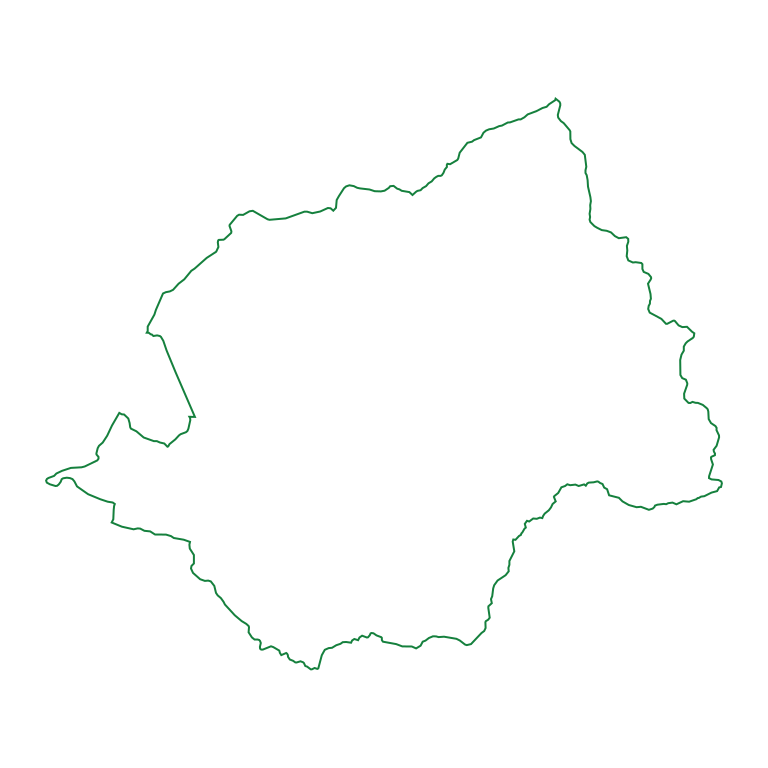 San Marcos, Cajamarca, Peru
{"feature_id": "86281439B35879365662070", "entity_name": "San Marcos", "entity_type": "district", "adm_level": 2, "iso_a3": "PER", "parent_name": "Peru", "parent_adm1": "Cajamarca", "projection": "albers", "projection_center": [-78.029, -7.273], "detail": "fine", "context": "isolated", "style": "outline", "palette": "green", "viewbox_px": 768, "rotation_deg": 0, "n_neighbors": 0, "source": "geoboundaries", "source_scale": "gbopen_adm2", "svg_char_len": 6095}
<svg xmlns="http://www.w3.org/2000/svg" viewBox="0 0 768 768"><path d="M555.6,98.7L555.2,100.2L549.1,104.2L546.6,106.8L542.5,108.0L536.5,111.1L527.7,114.4L524.4,117.3L520.7,119.4L518.5,119.4L510.0,122.4L507.8,122.5L501.9,125.6L499.2,126.1L493.8,128.5L489.1,129.3L486.0,130.6L483.5,132.7L481.0,137.4L474.1,140.1L472.0,141.7L467.4,142.8L459.7,152.7L458.2,158.6L457.3,160.0L450.1,164.2L447.4,163.8L446.8,165.0L446.9,167.0L444.8,169.5L443.5,172.8L441.8,175.3L440.6,175.9L438.2,175.9L436.4,176.8L434.2,178.4L431.7,181.4L428.5,183.3L426.1,186.1L422.6,188.1L420.6,190.2L417.4,190.9L416.0,191.8L412.5,195.0L409.4,192.1L401.7,190.8L399.5,189.4L397.2,188.7L393.6,185.9L390.2,186.2L388.8,187.9L384.6,190.7L380.9,191.4L374.7,191.2L369.5,189.5L360.0,188.4L357.2,187.8L353.8,186.1L349.4,185.3L346.1,186.4L344.0,188.2L338.9,196.1L336.7,200.0L336.0,207.8L333.3,210.7L330.6,208.3L327.9,208.0L320.2,211.5L312.3,213.2L307.2,211.7L304.3,211.7L285.7,218.4L269.5,219.8L267.6,219.3L252.8,210.8L249.5,211.3L243.1,214.9L239.1,214.7L237.2,215.8L229.7,224.8L229.5,225.9L231.4,231.3L231.2,232.9L224.4,239.2L223.4,239.7L218.8,239.9L218.2,240.4L217.8,242.3L218.4,247.0L216.2,251.7L206.7,257.9L194.6,268.6L191.3,270.8L184.3,279.3L178.6,283.7L173.1,289.8L169.9,291.4L165.8,292.2L163.0,293.5L155.9,309.9L154.4,314.6L147.7,326.6L147.7,331.1L146.8,332.7L148.8,332.8L150.7,334.3L151.8,334.5L153.4,336.0L157.1,335.4L159.8,336.0L160.9,336.8L163.3,340.8L166.6,350.5L175.6,372.3L194.9,416.9L189.4,416.8L190.1,418.1L190.3,420.1L188.4,428.7L187.4,431.0L186.0,432.2L180.6,434.2L179.0,435.4L175.3,439.4L169.5,444.1L168.2,446.4L167.4,446.7L164.3,443.5L159.9,442.5L156.8,441.1L153.8,441.1L143.7,437.5L136.4,431.3L130.9,428.6L130.2,427.2L129.6,423.0L128.3,418.5L124.1,414.5L121.7,414.3L119.3,412.9L112.0,425.5L107.2,435.7L102.7,442.6L99.0,445.8L97.7,448.2L96.4,453.4L96.5,454.5L98.5,456.9L98.5,458.7L97.3,460.4L84.7,466.5L81.5,467.3L70.9,467.9L62.1,470.8L56.4,473.5L54.1,475.9L48.4,478.0L46.9,479.0L46.1,480.6L46.8,482.6L49.9,484.3L55.5,486.0L57.1,485.8L58.8,484.4L60.7,481.8L61.7,479.2L63.1,478.3L66.8,477.7L70.0,478.1L72.5,479.1L74.4,481.4L77.0,486.4L88.1,494.2L100.2,499.2L107.7,501.7L112.7,502.5L114.8,504.0L114.1,506.0L113.7,509.9L113.3,519.3L111.7,522.5L121.9,526.7L133.6,529.3L137.7,528.4L140.2,528.6L144.4,530.8L150.2,531.4L155.0,534.5L166.0,534.6L171.0,536.1L173.8,538.0L183.7,539.7L190.0,541.9L189.4,544.7L189.8,548.6L193.9,555.0L193.9,563.5L191.5,565.9L191.0,568.5L193.0,572.9L200.1,579.2L204.9,580.9L208.2,580.6L210.8,581.4L214.3,585.9L216.0,592.9L217.7,595.4L220.9,598.1L223.6,601.9L224.9,604.5L234.8,615.3L241.7,621.1L246.3,623.9L248.6,626.0L249.0,627.2L248.6,632.3L251.9,637.4L254.5,639.5L257.5,639.5L259.2,640.0L260.0,640.9L260.8,643.0L259.9,646.9L260.1,648.7L261.2,649.6L262.8,649.6L271.0,646.3L273.3,647.1L279.3,650.6L279.9,652.9L281.3,655.1L286.2,653.0L287.1,653.7L287.9,655.2L288.0,656.8L289.8,659.5L293.1,660.8L295.3,662.4L296.5,662.5L300.5,661.3L303.1,662.3L303.9,663.0L305.3,666.0L307.1,666.6L310.7,669.3L311.9,669.3L314.6,668.0L317.3,668.9L318.3,668.4L321.8,655.2L324.8,649.8L328.7,648.1L332.0,647.8L336.3,645.2L340.5,643.8L342.7,642.2L346.1,642.0L351.1,642.7L352.1,640.5L354.3,639.0L358.1,640.2L359.5,637.5L362.1,635.7L366.9,637.5L368.0,637.3L369.8,635.2L370.6,633.4L371.5,633.0L373.5,633.3L376.5,635.4L381.3,637.2L381.8,637.8L381.9,640.2L383.0,641.7L396.2,644.1L402.3,646.4L411.8,646.5L416.1,648.4L420.6,645.7L422.7,641.7L425.5,640.6L428.9,638.0L433.0,636.3L436.1,636.4L438.6,637.1L444.0,636.7L456.4,638.8L459.8,640.5L465.1,644.6L466.8,645.1L471.0,644.1L481.5,633.0L484.2,631.0L485.6,628.0L485.4,622.2L485.8,621.2L488.2,619.7L489.7,617.7L488.3,607.8L488.4,606.3L491.8,603.2L491.0,599.1L492.2,596.3L493.2,588.4L494.2,585.2L497.6,580.5L505.6,575.2L508.7,571.3L508.4,567.9L509.4,564.8L509.4,561.0L514.3,551.3L512.7,541.6L513.3,539.5L515.5,539.8L519.0,536.0L521.0,534.8L521.3,533.5L522.3,532.5L524.5,528.7L525.8,527.6L524.8,523.9L527.0,520.8L529.2,521.5L533.2,518.5L536.8,518.8L539.9,517.6L542.3,518.1L543.2,515.8L544.7,513.6L548.8,510.3L551.0,507.4L552.6,504.0L555.7,501.4L553.9,496.9L554.3,496.1L558.2,493.0L561.4,487.3L565.1,486.0L567.3,484.3L570.2,485.2L575.4,484.6L578.7,486.0L584.1,484.4L585.8,485.7L587.3,483.4L588.8,482.6L593.6,482.3L597.2,481.4L598.4,481.7L600.1,483.0L602.5,484.0L604.2,487.6L607.1,489.2L609.1,495.3L618.9,497.8L622.5,501.4L628.8,505.0L636.6,507.2L640.9,506.8L648.9,509.8L652.7,508.6L654.4,507.0L655.0,505.6L657.4,504.7L663.8,503.9L666.2,504.2L668.2,503.2L672.5,502.6L676.4,504.3L683.1,501.2L689.1,501.7L696.4,499.2L697.6,498.1L698.7,498.0L701.1,496.6L704.3,496.2L711.5,492.6L717.1,491.1L719.2,487.4L721.0,487.0L721.9,483.3L721.3,481.5L718.5,480.0L711.5,479.4L709.0,478.1L709.1,476.2L712.9,464.5L711.1,459.1L711.0,457.4L711.4,456.8L714.9,455.2L715.0,453.6L713.9,451.6L713.6,449.8L716.6,445.8L719.1,437.3L719.0,435.4L716.5,430.1L716.6,427.9L716.1,427.1L715.5,426.1L711.0,423.1L708.7,419.1L708.3,411.5L707.7,409.3L706.9,408.3L702.8,404.9L697.9,402.9L695.5,402.8L692.5,401.9L690.3,403.0L688.5,402.9L684.3,398.6L684.1,393.7L687.2,384.8L687.3,383.3L685.9,379.7L682.2,378.1L680.4,375.0L680.2,360.0L681.5,354.6L683.8,350.7L683.8,346.6L685.7,343.3L687.5,341.5L693.0,337.8L693.8,336.7L694.3,333.3L692.0,331.7L687.0,326.8L682.3,327.1L678.6,325.4L674.9,321.0L674.1,320.6L673.2,320.7L667.2,323.8L666.0,323.8L661.4,318.9L649.7,312.6L648.2,309.0L648.7,305.9L649.9,303.7L650.0,300.9L650.9,298.8L650.5,294.0L648.0,283.7L650.7,279.5L651.2,278.2L651.0,277.1L648.4,273.9L643.7,271.9L642.4,269.0L642.4,264.2L641.3,263.0L635.7,262.2L632.9,262.5L628.3,260.4L626.7,256.2L627.3,250.5L626.9,245.9L628.3,241.8L628.2,238.9L626.2,237.2L618.8,238.2L614.9,236.1L611.0,232.4L606.7,230.8L601.8,230.1L597.2,227.8L594.4,226.1L590.4,222.1L589.6,219.7L590.1,217.0L589.6,213.8L590.4,208.9L590.2,205.1L590.9,201.2L590.4,197.2L588.0,186.6L587.6,180.1L586.7,175.2L585.5,173.0L585.5,170.2L586.3,166.8L584.8,154.8L582.5,152.0L574.5,146.0L571.6,143.1L570.4,139.2L570.3,131.4L569.6,130.1L563.7,123.1L560.9,121.1L558.2,117.6L557.8,115.0L560.3,105.2L560.2,103.3L559.4,101.7L555.6,98.7Z" fill="none" stroke="#15803d" stroke-width="2"/></svg>